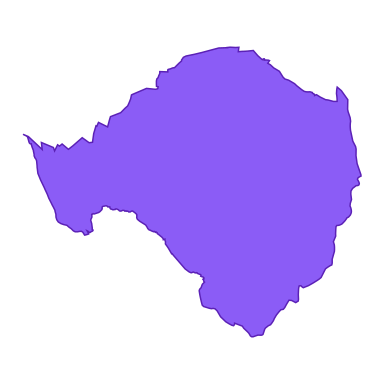 Doclin, Caras-Severin, Romania
{"feature_id": "2599482B42660116166173", "entity_name": "Doclin", "entity_type": "district", "adm_level": 2, "iso_a3": "ROU", "parent_name": "Romania", "parent_adm1": "Caras-Severin", "projection": "albers", "projection_center": [21.618, 45.308], "detail": "fine", "context": "isolated", "style": "filled", "palette": "violet", "viewbox_px": 384, "rotation_deg": 0, "n_neighbors": 0, "source": "geoboundaries", "source_scale": "gbopen_adm2", "svg_char_len": 5906}
<svg xmlns="http://www.w3.org/2000/svg" viewBox="0 0 384 384"><path d="M271.0,324.1L271.8,323.1L273.4,320.7L274.0,319.3L274.5,318.2L275.2,317.1L275.8,316.0L276.5,314.9L277.3,313.9L278.9,311.9L280.8,309.8L283.3,309.3L284.8,307.5L285.8,305.6L286.8,303.8L287.9,302.0L289.0,300.2L291.7,300.5L295.7,302.6L298.2,301.1L298.5,299.3L298.4,297.0L298.3,294.6L298.4,292.3L298.5,289.9L298.7,287.8L299.2,285.9L300.9,285.7L301.4,286.3L302.0,286.8L302.6,287.3L303.3,287.7L305.0,287.0L306.8,286.3L308.5,285.6L310.1,284.7L313.1,283.0L317.1,280.5L319.2,279.1L321.1,277.5L325.5,268.8L327.0,267.7L328.5,266.7L330.1,265.7L331.8,264.9L332.2,263.0L332.2,259.2L334.4,251.4L334.5,250.0L334.5,248.6L334.5,247.2L334.4,245.8L334.3,244.8L333.4,241.7L335.7,236.1L335.6,233.8L335.7,231.4L335.8,229.0L336.0,226.6L336.8,225.5L338.1,225.4L339.5,225.1L340.7,224.6L341.9,224.0L343.4,222.5L344.8,221.0L346.0,219.4L347.1,217.7L348.5,217.1L350.1,215.3L350.5,214.7L350.8,213.9L351.1,213.2L351.3,212.4L351.4,211.5L351.3,210.1L351.0,208.7L350.6,207.3L350.0,206.0L350.3,203.3L351.5,199.5L350.8,193.9L351.0,191.0L352.6,188.4L356.1,185.7L357.9,185.5L359.0,184.8L359.3,183.4L359.0,182.4L358.6,181.4L358.1,180.5L357.5,179.6L357.7,178.3L358.4,177.6L359.2,177.0L360.1,176.5L361.0,176.1L360.9,174.7L357.1,163.6L356.0,155.7L356.1,149.1L355.6,146.6L352.8,141.1L350.5,130.3L350.3,128.1L350.2,125.8L350.3,123.5L350.6,121.2L350.1,117.6L348.1,111.7L347.6,109.2L347.8,99.7L341.4,90.7L337.2,87.1L336.9,88.6L336.7,90.1L336.6,91.7L336.5,93.2L336.5,93.8L336.8,95.8L337.0,97.8L337.1,99.6L337.1,101.4L333.4,101.4L328.1,100.0L325.6,99.7L320.3,97.1L316.5,94.7L314.6,95.5L314.6,94.6L314.1,94.2L313.9,93.8L313.7,93.7L313.3,93.8L312.2,92.9L312.3,92.5L310.0,91.8L308.5,91.9L307.0,91.9L305.6,91.7L304.1,91.3L301.6,89.6L299.2,87.7L296.8,85.8L294.6,83.7L288.7,80.2L284.9,79.0L283.0,77.1L279.4,71.3L273.7,67.9L270.4,64.8L267.8,63.3L269.5,60.6L268.1,60.1L267.6,60.2L267.3,60.1L266.0,60.0L265.0,60.2L264.6,60.1L264.7,59.6L264.5,59.3L264.4,58.9L263.3,58.9L263.0,59.8L261.9,59.4L257.8,55.7L253.3,50.5L250.5,50.8L247.6,51.1L244.7,51.3L241.8,51.4L238.3,51.7L238.7,48.5L238.9,47.3L235.7,47.5L230.1,47.2L227.2,47.5L227.3,47.7L218.7,48.0L201.5,52.6L194.4,54.3L186.1,56.0L183.4,57.3L182.2,59.1L181.6,59.9L181.5,61.0L179.1,63.1L174.5,67.7L173.4,67.8L172.4,68.0L170.5,68.8L168.2,69.4L167.8,69.8L167.8,71.9L159.8,71.6L159.8,73.4L158.7,75.8L158.1,77.6L156.8,79.0L156.4,81.0L156.4,84.3L156.5,86.4L158.1,86.7L157.8,88.6L156.9,89.0L155.4,89.3L146.5,88.4L132.5,94.4L131.5,94.9L130.6,99.0L129.3,102.3L127.7,105.9L125.0,108.3L120.7,112.7L110.5,116.6L109.7,119.1L107.6,126.9L98.5,122.4L96.8,126.2L96.0,125.8L93.7,133.6L92.5,142.3L89.1,142.7L82.2,137.7L72.8,145.9L68.4,149.3L62.1,144.0L59.5,146.1L57.6,144.8L54.6,150.9L53.4,147.5L41.4,142.5L42.2,149.5L28.4,136.6L23.0,134.3L24.6,135.1L25.7,135.6L27.2,136.5L27.3,136.7L27.5,137.0L28.1,138.7L28.9,141.7L29.1,142.3L29.3,142.8L29.5,143.1L29.8,143.4L30.3,143.8L30.8,143.9L31.3,143.9L31.4,144.7L31.5,145.1L32.1,147.1L33.5,150.8L33.5,151.7L33.6,151.8L33.9,153.3L33.9,153.5L34.1,154.2L34.1,155.5L34.2,156.1L34.7,157.1L34.8,157.7L35.4,158.4L35.9,159.1L36.3,160.1L36.5,160.5L36.6,161.1L36.7,161.8L37.1,166.1L37.1,167.1L37.9,173.4L40.6,180.0L44.3,187.7L45.2,189.8L46.3,192.1L47.4,194.5L48.8,198.2L51.2,202.9L52.4,205.4L53.1,206.6L54.9,210.2L55.0,210.8L55.1,211.5L55.9,214.3L56.0,217.2L56.8,219.8L58.3,222.0L60.9,223.6L63.8,224.6L66.9,225.3L68.9,227.1L71.3,228.8L73.4,230.9L75.2,231.8L77.5,231.8L79.6,231.4L81.5,231.3L82.9,232.3L83.8,233.8L84.6,235.1L85.3,235.0L87.5,234.4L88.6,234.0L88.2,232.8L87.1,230.8L88.1,231.3L89.5,232.6L89.8,232.6L91.8,231.3L92.1,231.3L92.7,230.9L93.0,230.5L93.0,230.0L92.8,229.8L92.5,229.6L92.2,229.4L92.2,229.2L92.3,228.1L92.0,226.0L91.7,223.6L90.7,220.2L91.2,218.6L91.8,217.5L91.9,216.8L91.9,215.7L91.8,215.2L91.7,214.4L91.9,214.2L92.4,214.2L92.8,213.9L93.1,213.6L93.6,213.8L94.0,214.0L95.0,213.7L98.7,212.5L100.0,211.6L101.9,209.6L102.2,208.4L102.0,208.1L102.4,206.6L103.6,206.2L104.5,206.1L105.6,205.8L106.5,205.8L107.2,206.3L107.6,206.4L107.8,206.9L109.8,206.9L109.9,207.2L110.0,208.0L110.2,208.5L110.7,209.0L111.6,209.2L112.9,209.8L115.2,209.5L115.3,209.1L116.4,208.9L118.3,209.7L119.5,210.9L120.8,211.1L121.3,211.0L122.3,210.5L123.0,210.3L124.3,210.5L124.7,211.1L125.5,211.1L125.5,210.9L126.0,210.8L126.8,211.3L127.6,211.1L128.0,211.3L128.6,211.7L128.8,212.0L130.3,211.9L131.1,211.3L131.8,211.1L132.8,211.1L133.6,211.8L135.0,212.8L136.7,214.4L136.8,215.5L136.8,216.5L136.8,217.1L136.7,217.7L137.4,219.3L139.8,221.3L145.7,225.0L147.1,227.2L147.8,228.6L149.1,229.9L149.7,230.1L150.6,230.3L151.0,230.7L153.2,231.6L153.6,231.5L154.0,231.8L154.4,231.5L154.6,231.7L155.1,231.9L155.5,232.3L155.9,231.9L157.1,232.6L157.1,232.8L157.1,233.3L157.4,233.7L158.5,234.4L161.9,237.2L163.2,238.7L163.3,239.7L164.9,239.1L165.0,240.7L165.5,241.6L165.4,243.9L168.2,247.9L171.7,253.9L172.2,253.7L172.3,253.8L173.3,255.2L185.2,269.0L189.1,271.9L190.9,272.7L191.8,272.7L192.3,272.4L193.1,272.1L193.7,272.1L194.4,272.6L195.4,272.9L195.7,272.9L196.2,272.7L196.6,272.7L197.2,272.9L197.2,273.1L197.3,273.4L197.8,273.5L198.2,273.8L198.6,273.8L199.2,274.2L199.9,274.4L200.4,274.5L200.9,274.9L201.0,275.4L200.7,276.2L201.8,276.7L202.6,276.9L203.0,277.0L203.7,277.6L204.0,278.1L202.9,279.3L203.1,279.5L203.3,279.6L203.7,279.7L203.6,280.6L203.8,281.3L203.9,281.5L204.5,282.1L202.4,284.2L202.0,285.1L201.1,287.7L200.2,288.6L199.8,289.1L199.5,289.7L199.3,290.2L199.2,290.8L199.8,294.6L200.5,298.1L201.3,301.6L202.2,305.1L203.6,306.5L209.4,308.3L211.6,308.7L213.1,308.4L215.0,308.8L217.1,310.8L220.6,316.8L225.8,321.8L229.1,323.8L231.9,325.3L233.6,325.7L234.0,325.2L234.4,324.6L234.6,323.9L234.6,323.2L242.3,326.1L243.8,328.3L247.6,331.9L248.9,333.3L250.4,335.9L251.5,336.7L253.0,336.8L257.9,335.1L261.1,335.2L261.8,335.1L262.5,334.8L263.0,334.4L264.8,329.0L265.5,328.0L268.4,325.7L270.6,324.7L271.0,324.1Z" fill="#8b5cf6" stroke="#5b21b6" stroke-width="1.5"/></svg>